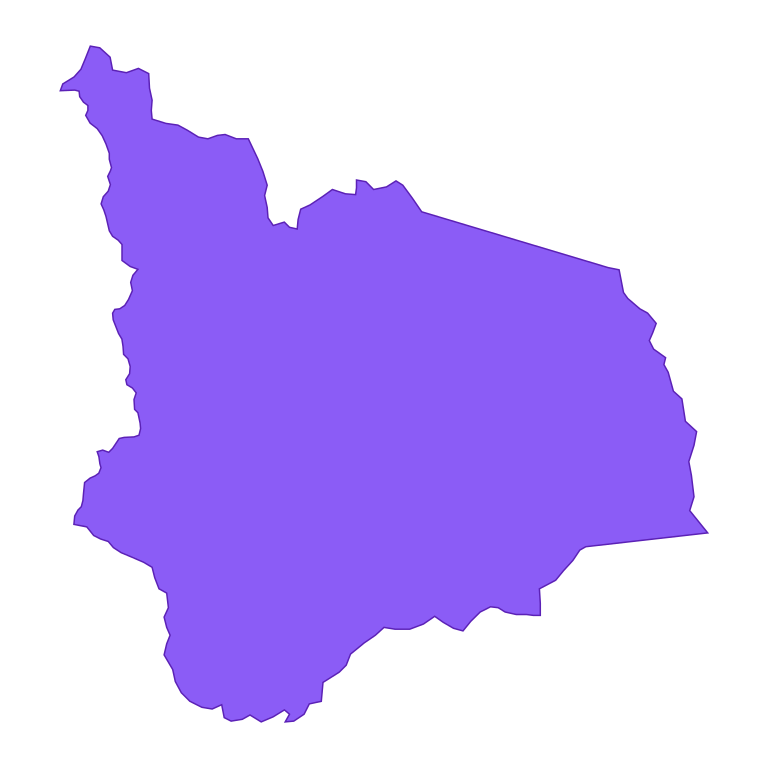 the district of Jelebu, Negeri Sembilan, Malaysia
{"feature_id": "92858781B14475732449391", "entity_name": "Jelebu", "entity_type": "district", "adm_level": 2, "iso_a3": "MYS", "parent_name": "Malaysia", "parent_adm1": "Negeri Sembilan", "projection": "albers", "projection_center": [102.051, 3.062], "detail": "fine", "context": "isolated", "style": "filled", "palette": "violet", "viewbox_px": 768, "rotation_deg": 0, "n_neighbors": 0, "source": "geoboundaries", "source_scale": "gbopen_adm2", "svg_char_len": 2711}
<svg xmlns="http://www.w3.org/2000/svg" viewBox="0 0 768 768"><path d="M60.3,90.7L74.7,90.1L79.1,91.2L79.7,96.7L83.5,102.2L87.9,105.5L87.9,110.4L85.7,115.4L90.1,123.1L97.2,128.6L102.2,135.7L106.0,144.0L109.3,153.3L109.3,159.3L111.5,167.6L110.4,170.9L107.7,176.4L110.4,184.6L108.2,191.2L103.3,196.7L101.1,203.9L103.8,209.9L106.0,216.5L109.3,230.8L112.6,236.3L118.1,240.1L122.0,244.5L122.0,252.2L122.0,260.5L130.2,266.5L137.9,269.3L132.9,275.3L130.7,282.4L132.4,290.7L128.5,299.5L124.7,305.5L119.7,308.8L114.8,309.4L112.6,313.2L113.2,319.8L118.6,333.6L121.9,339.1L123.0,346.2L123.6,354.4L128.0,358.8L130.2,366.5L129.6,373.7L125.8,379.7L126.9,384.7L132.4,388.0L136.2,392.9L134.0,399.5L134.6,409.4L137.9,412.7L140.1,423.1L140.6,428.6L139.0,435.2L134.0,436.9L124.1,437.4L119.2,438.5L112.6,448.4L108.7,452.3L102.7,450.1L97.2,451.7L98.9,456.7L99.9,463.8L101.0,467.7L98.8,473.2L95.0,475.9L90.1,478.1L84.6,482.5L83.5,493.5L82.9,500.6L81.3,506.7L78.0,510.0L74.7,516.0L73.9,524.4L86.8,526.9L93.7,535.5L100.6,539.0L108.3,541.5L113.4,547.6L121.2,552.7L131.5,557.0L143.5,562.2L152.1,567.3L154.7,577.6L159.0,588.8L166.7,593.1L168.4,607.7L164.1,617.1L166.7,627.4L170.1,635.2L166.7,643.8L164.1,654.9L172.7,669.5L175.3,681.5L181.3,692.7L189.9,701.3L201.9,707.3L212.2,709.0L221.7,704.7L224.2,717.6L231.1,721.1L242.3,719.3L250.0,715.0L261.2,721.9L273.2,716.8L284.4,709.9L289.5,714.2L285.2,721.9L293.8,721.1L304.1,714.2L309.3,703.9L321.3,701.3L323.0,682.4L339.3,672.1L346.2,665.2L350.5,654.1L364.2,642.9L375.4,635.2L384.0,627.4L395.1,629.2L409.7,629.2L423.5,624.0L434.7,616.3L443.2,622.3L453.5,628.3L463.0,630.9L470.7,621.4L480.2,612.0L490.5,606.8L498.2,607.7L505.1,612.0L516.2,614.5L526.5,614.5L533.4,615.4L540.3,615.4L540.3,603.4L539.4,588.8L555.7,580.2L563.5,570.7L572.9,560.4L579.8,550.1L585.8,546.7L707.7,532.9L689.7,510.6L694.0,496.8L691.4,475.4L688.8,461.6L694.0,445.3L696.6,431.6L685.4,421.3L681.9,398.9L673.4,391.2L668.2,372.3L663.9,364.6L665.6,357.7L653.6,349.1L649.3,340.6L652.7,332.8L656.2,323.4L647.6,313.1L639.8,308.8L627.8,298.5L623.5,292.5L619.1,269.8L608.1,267.6L421.7,211.8L412.3,198.1L402.8,185.2L396.0,180.9L386.5,186.9L373.6,189.5L365.9,181.7L356.5,180.0L356.5,187.8L355.6,194.6L345.3,193.8L332.4,189.5L323.0,196.3L310.1,204.9L300.7,209.2L298.1,219.5L297.2,229.0L289.5,227.3L284.3,222.1L273.2,225.5L268.0,217.8L267.2,207.5L264.6,195.5L267.2,185.2L262.9,171.4L257.7,158.6L248.3,138.8L236.3,138.8L225.1,134.5L217.4,135.4L207.9,138.8L198.5,137.1L187.3,130.2L177.9,125.1L165.9,123.4L152.1,119.1L151.3,110.5L152.1,100.2L149.5,88.2L148.7,73.6L138.4,68.4L126.4,72.7L112.6,70.1L110.1,57.2L99.8,47.8L90.3,46.1L85.2,59.0L80.9,69.3L74.0,77.0L62.8,83.9L60.3,90.7Z" fill="#8b5cf6" stroke="#5b21b6" stroke-width="1.5"/></svg>